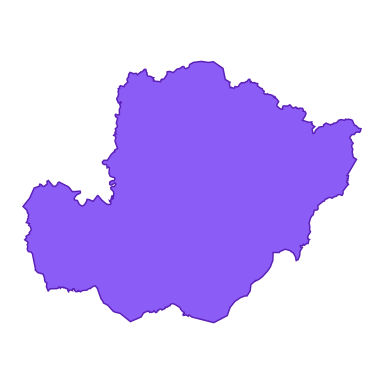 the district of La Huacana, Michoacán, Mexico
{"feature_id": "50627088B97792110309724", "entity_name": "La Huacana", "entity_type": "district", "adm_level": 2, "iso_a3": "MEX", "parent_name": "Mexico", "parent_adm1": "Michoacán", "projection": "albers", "projection_center": [-101.96, 18.85], "detail": "fine", "context": "isolated", "style": "filled", "palette": "violet", "viewbox_px": 384, "rotation_deg": 0, "n_neighbors": 0, "source": "geoboundaries", "source_scale": "gbopen_adm2", "svg_char_len": 5914}
<svg xmlns="http://www.w3.org/2000/svg" viewBox="0 0 384 384"><path d="M213.8,322.6L227.2,315.6L230.1,307.4L234.9,301.4L240.7,297.5L245.1,295.9L247.0,295.9L250.1,291.0L250.9,284.6L256.2,280.0L255.6,281.0L259.3,279.1L262.6,276.5L267.9,270.6L270.4,266.8L272.8,260.4L273.1,252.5L279.2,252.5L280.0,251.5L285.2,249.2L289.6,250.4L293.5,253.2L295.5,256.8L296.2,260.6L298.1,259.6L299.6,255.8L300.1,251.1L302.3,247.5L300.9,247.3L300.2,245.7L302.5,245.6L303.3,244.4L303.8,245.1L304.6,245.2L306.6,243.5L308.1,243.5L308.7,240.8L308.5,239.9L309.3,239.6L308.1,238.9L308.3,238.4L307.6,238.0L307.6,237.4L308.6,234.2L309.2,234.1L310.5,231.7L309.6,230.0L309.8,226.6L309.1,223.2L310.4,218.4L311.6,216.2L313.1,214.9L314.3,210.3L317.1,209.9L318.1,208.9L317.8,205.6L322.9,201.4L324.3,201.1L325.4,199.1L326.9,198.8L328.7,197.5L331.1,197.6L332.1,198.2L334.5,196.6L336.1,196.4L338.1,194.7L340.6,194.5L341.3,195.3L342.2,195.3L343.1,193.3L342.9,191.3L347.0,185.7L348.5,184.4L347.6,183.1L347.7,182.4L346.9,182.5L346.7,181.1L348.0,180.1L347.2,178.7L348.1,178.5L348.5,175.7L347.0,175.6L356.5,159.4L353.2,157.2L352.2,152.0L352.8,149.2L351.7,146.9L352.0,144.7L353.2,143.3L351.3,140.8L351.2,139.7L349.9,138.5L349.8,137.5L351.5,134.8L354.4,134.4L355.7,132.6L357.1,132.0L359.5,132.3L360.3,131.4L361.0,128.7L358.5,128.2L355.8,125.4L354.5,125.4L352.5,120.7L351.7,119.9L348.6,119.2L346.5,119.6L345.7,119.1L344.5,120.3L341.3,119.6L339.0,120.1L337.2,122.1L335.6,123.1L333.8,123.1L332.5,124.5L331.3,124.3L330.4,124.9L326.0,123.1L323.6,124.8L323.8,125.4L323.2,126.5L319.1,127.1L315.5,130.4L314.7,132.8L313.1,133.6L312.1,129.1L314.8,126.6L312.8,125.5L312.2,123.9L311.7,123.9L311.8,121.9L308.8,122.3L302.4,120.3L305.1,116.0L306.0,113.4L305.0,111.5L303.1,111.2L303.3,110.0L302.6,108.4L299.7,108.1L298.6,108.9L297.6,108.0L296.7,108.4L295.9,107.0L292.9,108.2L289.9,104.8L287.6,106.1L283.4,105.9L282.6,107.0L282.5,109.3L280.3,108.9L277.0,106.1L277.0,104.4L278.7,101.5L276.8,99.1L274.4,97.6L275.3,97.3L274.8,96.6L272.4,95.8L272.1,95.2L268.6,94.4L267.3,93.7L266.2,94.5L265.4,93.9L264.5,94.0L263.7,93.0L264.2,91.3L262.7,90.1L262.1,88.6L260.5,88.1L257.3,85.7L257.7,83.6L255.0,83.2L254.8,82.6L252.0,82.8L251.2,81.6L250.4,82.2L249.9,79.4L248.5,79.4L247.3,81.5L246.5,81.4L244.6,82.7L243.1,82.6L242.5,83.1L241.4,82.7L239.6,84.3L238.4,86.5L237.3,86.9L235.0,86.5L234.4,88.1L232.4,88.0L231.5,87.3L230.2,87.8L229.4,84.5L230.0,82.3L229.1,82.3L228.9,81.6L225.3,79.5L223.0,68.4L213.3,61.7L208.5,62.5L201.4,61.4L193.4,62.4L189.6,64.5L189.3,66.4L188.6,67.4L185.9,68.7L184.7,68.2L183.9,66.7L182.6,66.5L179.6,68.6L177.2,69.0L173.2,72.6L169.8,71.4L167.2,71.8L167.0,74.5L164.1,78.9L163.0,79.4L162.0,79.1L161.8,79.7L161.2,79.7L160.5,81.7L154.2,81.1L153.9,79.9L153.4,80.3L153.3,78.5L152.9,78.2L153.4,77.8L152.2,77.7L152.2,77.2L150.7,76.4L147.8,76.1L147.3,75.5L146.9,72.7L146.1,71.7L146.3,70.7L145.5,70.1L145.7,69.4L144.4,69.3L142.1,71.8L140.7,72.0L137.5,74.8L136.2,73.3L133.8,73.7L130.0,72.4L128.7,74.3L128.4,77.3L127.1,78.7L127.1,80.4L127.9,82.0L124.7,84.9L124.1,86.7L120.4,85.7L119.4,87.0L119.7,88.1L118.2,88.8L118.7,89.9L118.0,91.5L118.5,93.0L118.2,96.2L116.8,98.4L116.9,99.5L118.4,103.0L119.5,103.0L120.6,101.8L121.3,102.4L119.7,104.5L120.4,105.8L120.3,107.4L119.3,109.5L119.4,114.6L117.7,115.0L115.9,114.2L115.1,115.1L115.6,116.7L117.7,117.9L116.3,123.1L117.5,126.0L117.0,127.3L115.3,128.8L116.0,131.4L114.9,132.4L116.2,133.9L114.6,134.2L113.7,135.4L114.8,135.7L115.6,136.8L115.9,138.0L115.0,140.5L115.1,141.5L117.6,148.5L115.0,149.8L114.5,150.6L114.8,151.9L113.5,152.1L111.2,154.5L107.4,160.3L103.9,160.3L102.4,162.0L102.5,163.1L103.3,164.1L104.4,164.6L106.2,164.5L106.8,165.1L107.1,167.9L108.5,167.1L109.4,167.7L109.0,173.4L110.3,176.4L114.5,177.7L115.0,178.4L114.1,180.6L113.3,181.0L112.2,180.5L109.7,182.1L109.7,184.3L110.3,185.0L111.9,184.8L114.7,183.1L115.5,183.4L115.8,184.4L114.3,186.6L111.9,186.5L110.7,187.7L110.9,188.9L113.5,191.6L113.8,194.0L113.1,198.6L112.4,199.0L112.7,197.4L112.3,195.9L111.8,196.1L111.6,197.0L111.9,197.7L111.2,198.3L110.7,201.4L109.5,200.7L109.7,201.5L110.8,202.5L110.9,203.9L110.2,204.4L107.8,204.5L105.8,203.5L101.8,200.1L98.2,195.8L97.5,195.6L93.2,201.3L89.0,199.6L87.1,199.3L86.5,201.5L84.4,204.8L82.5,206.0L81.5,205.9L79.2,204.2L77.4,200.5L74.9,200.1L74.2,199.0L74.5,197.7L76.6,194.9L80.1,193.2L80.5,192.1L80.1,191.1L73.0,191.7L71.5,190.8L70.1,188.6L68.2,186.7L59.2,182.1L58.0,182.7L57.1,184.8L55.3,186.4L53.0,186.1L48.4,180.5L47.0,181.3L47.2,184.0L44.1,186.3L42.7,186.3L41.4,184.7L39.9,184.1L39.4,185.1L39.7,186.1L34.2,188.0L29.7,198.1L23.0,206.5L26.8,210.1L27.5,212.8L28.7,214.5L28.2,216.7L28.5,218.2L27.7,218.8L27.3,221.2L26.3,222.6L29.5,223.6L28.6,225.2L30.3,226.4L31.3,229.8L29.2,232.7L29.7,233.9L26.0,236.3L26.6,237.7L24.7,239.8L27.7,241.9L28.0,243.3L27.2,244.7L27.8,246.5L27.2,249.2L28.3,251.5L31.2,252.1L32.4,253.7L35.5,269.2L35.2,269.8L37.8,272.6L42.9,274.0L44.3,277.1L44.8,281.1L45.6,282.3L46.9,282.9L46.4,286.7L48.2,290.9L50.2,288.8L57.0,288.6L58.5,288.0L58.5,287.2L59.7,287.0L60.4,288.3L61.4,287.3L63.4,287.3L64.0,288.0L65.0,287.6L65.7,288.4L67.7,288.8L67.7,290.3L68.6,291.7L69.3,290.4L70.5,289.9L72.2,290.5L72.0,290.1L73.0,289.4L73.0,288.8L74.1,288.7L74.6,290.4L75.9,291.7L77.4,291.6L78.3,290.6L78.6,291.3L79.6,291.1L80.3,291.8L82.6,290.5L87.0,290.1L88.6,288.7L90.6,288.5L90.9,287.8L93.5,286.3L95.4,285.9L97.4,288.5L101.0,298.7L103.2,301.8L103.4,302.9L107.8,305.2L113.1,311.1L115.2,312.2L120.1,313.3L130.4,321.6L141.2,316.9L143.4,313.1L146.4,311.6L148.6,311.0L149.5,312.4L150.3,312.0L151.6,312.4L153.7,311.5L154.0,310.8L155.7,312.6L156.9,312.1L157.8,310.4L158.1,310.6L159.7,309.2L160.8,309.0L161.8,309.9L162.8,309.6L165.1,308.4L165.2,307.3L167.5,307.1L168.2,306.2L170.1,305.6L170.3,304.4L172.4,303.6L174.7,304.2L179.9,307.5L180.9,309.5L182.7,311.6L184.2,312.3L184.4,313.5L183.5,313.6L183.0,314.6L183.3,315.4L186.4,315.0L188.2,316.2L189.0,315.0L192.1,317.1L213.8,322.6Z" fill="#8b5cf6" stroke="#5b21b6" stroke-width="1.5"/></svg>